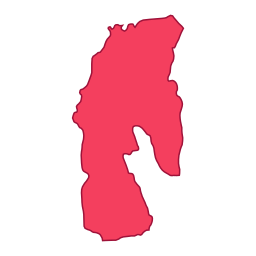 Tsamba-Magotsi, Ngounié, Gabon (Equal Earth projection)
{"feature_id": "22940354B73947944893462", "entity_name": "Tsamba-Magotsi", "entity_type": "district", "adm_level": 2, "iso_a3": "GAB", "parent_name": "Gabon", "parent_adm1": "Ngounié", "projection": "equal_earth", "projection_center": [10.858, -1.184], "detail": "fine", "context": "isolated", "style": "filled", "palette": "rose", "viewbox_px": 256, "rotation_deg": 0, "n_neighbors": 0, "source": "geoboundaries", "source_scale": "gbopen_adm2", "svg_char_len": 3889}
<svg xmlns="http://www.w3.org/2000/svg" viewBox="0 0 256 256"><path d="M183.4,28.3L181.7,26.2L178.7,23.4L176.0,20.2L174.0,17.9L172.6,15.9L170.5,15.4L169.1,16.1L167.7,16.8L166.3,17.7L164.5,18.1L162.0,18.4L149.6,19.4L143.2,20.1L140.0,21.4L138.4,22.7L137.0,24.3L135.9,26.0L135.0,27.3L134.2,26.4L133.0,24.2L132.1,24.0L130.2,24.1L128.6,24.7L127.8,26.3L127.3,28.5L126.0,30.2L124.6,31.1L123.2,30.5L121.5,29.4L121.2,27.4L121.6,26.6L122.5,25.4L120.9,25.7L119.1,25.5L117.9,24.7L115.9,24.8L114.8,25.6L114.1,27.2L113.4,28.4L112.0,29.1L111.2,28.7L110.8,27.4L110.0,26.8L108.4,27.4L108.2,28.6L109.3,30.1L110.2,31.3L110.5,32.7L110.6,34.9L110.0,36.2L108.6,37.7L107.2,39.3L106.0,41.5L105.1,43.9L104.7,45.2L104.0,47.3L100.3,52.2L98.0,52.7L96.8,53.8L94.4,55.6L93.2,56.3L92.1,58.5L91.8,63.9L91.8,67.4L91.8,72.6L91.1,75.1L89.2,80.4L87.6,84.5L86.5,86.1L84.7,87.7L82.8,89.1L81.0,89.6L80.2,90.4L79.7,92.6L80.3,94.0L81.3,94.7L81.7,96.4L81.3,99.2L80.7,101.5L78.7,103.9L77.4,105.0L76.5,106.4L76.7,107.9L77.3,109.8L77.2,111.3L76.6,112.2L75.2,112.3L74.1,113.1L73.3,115.3L73.0,116.4L72.6,118.0L74.0,121.7L75.1,122.5L76.7,123.2L77.7,124.1L78.6,125.9L79.6,127.5L81.4,128.4L82.9,130.3L83.5,132.9L83.8,135.4L83.7,137.4L83.5,139.4L82.8,142.2L82.2,144.6L82.1,146.9L81.9,149.4L81.5,151.7L81.2,155.1L81.6,163.2L82.1,167.6L82.7,169.8L83.6,171.1L85.0,172.0L86.9,173.0L88.3,174.2L88.9,175.8L88.6,177.7L87.7,179.2L86.4,181.2L84.6,183.3L82.5,186.8L81.7,189.5L81.5,192.9L81.9,199.0L82.0,202.3L82.4,206.2L83.4,211.2L83.8,214.5L84.1,226.2L85.1,228.3L86.8,229.1L88.1,229.7L89.4,230.0L91.0,230.8L92.3,231.8L93.5,232.3L95.4,232.5L96.7,232.8L98.8,233.6L100.2,234.6L101.2,236.3L102.1,237.9L102.4,239.3L102.6,240.6L106.9,240.4L112.9,240.2L115.8,240.2L118.8,239.0L120.5,237.8L123.2,236.9L128.4,236.3L131.4,235.9L134.6,235.9L136.4,235.1L137.3,234.6L139.0,234.6L140.3,235.1L141.6,234.6L143.3,232.4L144.9,231.1L146.5,230.2L149.0,230.0L149.0,229.0L149.3,227.6L149.8,226.1L150.7,225.1L151.5,223.3L152.0,221.8L152.3,220.3L152.4,218.4L152.1,217.0L151.4,216.2L150.3,215.7L149.0,214.9L148.6,213.7L148.2,211.2L147.5,208.1L146.1,205.5L144.9,202.3L143.9,200.2L143.0,198.2L142.2,196.5L141.7,194.9L141.1,193.2L140.5,191.1L140.2,189.1L139.7,187.4L138.9,186.4L137.9,185.3L136.9,184.2L135.8,182.7L134.8,181.4L134.4,179.9L134.0,177.3L133.5,175.3L132.7,174.1L132.0,173.7L131.1,173.5L129.7,173.4L128.5,173.0L127.5,169.3L126.0,165.0L124.0,160.0L123.2,157.9L123.0,156.0L123.4,154.2L124.9,153.7L126.8,153.8L128.1,154.2L128.9,154.6L130.1,154.4L131.0,153.4L132.0,151.7L132.9,150.9L135.1,150.6L137.3,150.3L138.4,149.7L138.6,148.6L138.3,146.8L137.4,145.4L136.8,143.2L135.5,139.3L134.7,136.7L133.7,134.2L132.8,132.0L132.6,130.2L132.7,128.0L133.4,126.5L135.2,125.8L137.3,125.8L139.3,126.2L141.0,127.3L142.3,128.3L144.0,130.3L145.6,132.3L146.7,133.9L148.0,134.7L149.2,135.2L150.0,135.6L150.8,137.8L151.1,141.1L151.7,143.5L152.5,144.7L153.2,146.0L153.9,148.2L154.3,151.3L154.8,154.4L155.5,157.7L156.6,160.5L158.5,163.9L159.3,165.7L160.5,167.8L162.3,170.1L164.3,171.8L166.3,173.0L168.1,174.0L170.3,175.4L172.0,175.6L173.4,175.4L176.7,175.5L179.3,175.3L179.4,175.0L179.6,173.2L179.7,169.4L179.0,166.6L178.5,163.5L178.5,159.6L178.9,155.3L179.6,152.4L180.4,149.2L181.3,146.6L182.1,144.8L182.6,140.9L182.7,137.8L182.0,133.3L181.8,130.7L181.8,127.6L181.3,125.5L180.5,121.5L180.1,118.7L179.9,115.4L180.1,113.1L180.5,111.7L181.3,109.2L182.1,106.4L182.4,104.0L182.0,101.8L181.1,99.6L180.0,97.7L179.0,96.7L177.7,96.1L176.7,95.1L176.3,93.4L176.4,91.6L177.3,89.9L177.4,88.0L177.2,86.0L176.5,83.9L175.6,82.4L174.5,81.4L173.7,80.9L172.6,80.5L170.9,80.7L169.6,81.0L168.5,81.0L168.0,80.1L167.9,78.1L168.2,76.7L169.3,74.5L170.1,72.3L170.5,68.2L170.7,66.0L171.9,62.8L172.9,61.3L173.6,59.0L173.9,55.9L173.4,52.9L172.9,51.0L172.5,48.9L172.4,48.0L173.7,47.7L174.5,47.7L175.4,46.1L176.2,43.9L178.6,39.4L179.8,36.1L181.2,32.7L183.4,28.3Z" fill="#f43f5e" stroke="#9f1239" stroke-width="1.5"/></svg>